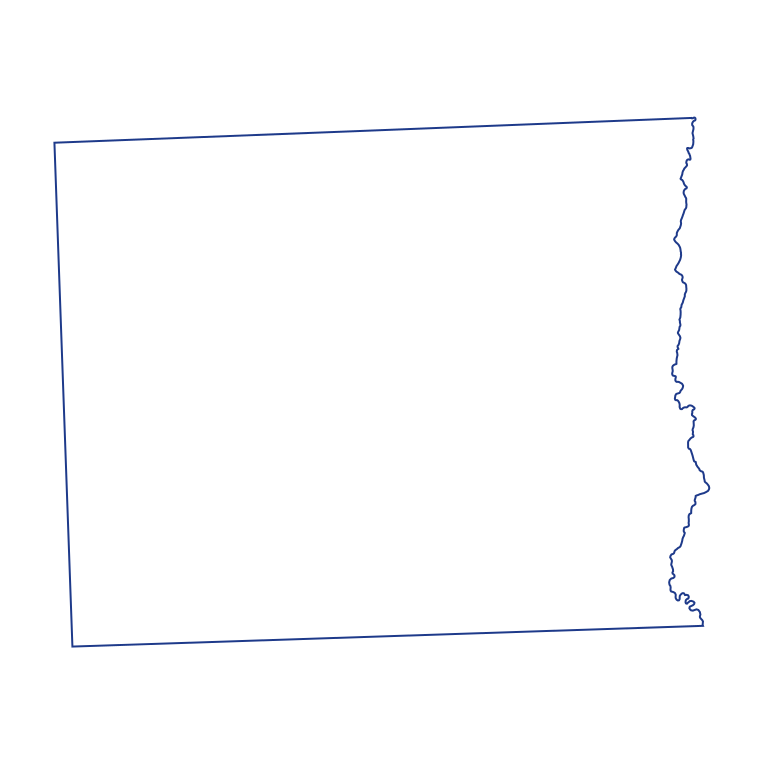 Lihuel Calel, La Pampa, Argentina (Natural Earth projection), rotated 267°
{"feature_id": "61730980B18005946349792", "entity_name": "Lihuel Calel", "entity_type": "district", "adm_level": 2, "iso_a3": "ARG", "parent_name": "Argentina", "parent_adm1": "La Pampa", "projection": "natural_earth1", "projection_center": [-65.125, -38.278], "detail": "fine", "context": "isolated", "style": "outline", "palette": "blue", "viewbox_px": 768, "rotation_deg": 267, "n_neighbors": 0, "source": "geoboundaries", "source_scale": "gbopen_adm2", "svg_char_len": 6164}
<svg xmlns="http://www.w3.org/2000/svg" viewBox="0 0 768 768"><g transform="rotate(267 384 384)"><path d="M638.0,366.7L642.2,67.5L138.1,59.1L125.8,689.9L126.8,689.6L130.2,690.1L131.6,689.4L133.5,687.8L134.5,687.3L135.5,687.3L137.2,687.9L139.7,687.5L141.9,686.1L142.6,684.3L141.9,681.8L141.5,680.6L141.9,678.8L142.9,677.8L144.2,677.2L145.6,677.7L146.9,680.9L148.0,682.2L149.3,682.6L150.4,681.8L151.3,679.7L151.2,678.0L150.2,676.8L149.3,675.5L148.8,675.1L148.9,674.4L149.2,674.0L150.2,673.7L151.1,673.8L152.3,674.1L153.1,674.9L153.7,675.9L153.8,676.6L154.7,677.1L155.9,677.2L157.1,676.6L157.6,675.2L157.5,674.2L157.5,673.5L158.4,673.1L159.2,672.6L159.5,671.7L159.4,670.9L158.9,670.2L158.1,669.2L156.9,668.3L155.5,668.1L153.8,668.0L152.6,667.3L152.4,666.2L153.2,665.0L154.6,664.2L156.0,664.0L157.1,664.2L158.4,664.3L159.9,663.7L160.7,662.7L161.1,662.0L161.4,661.1L161.8,659.9L162.5,659.5L163.4,659.3L166.1,659.6L167.7,659.3L168.2,658.8L169.3,658.5L171.1,658.4L173.3,659.1L174.7,660.7L175.1,662.7L175.9,663.8L176.8,664.1L177.8,664.0L178.8,663.2L179.6,662.3L180.8,662.2L181.8,662.9L183.7,662.9L186.6,662.1L187.9,661.5L188.8,661.4L190.2,661.8L191.6,662.2L193.0,662.2L195.1,661.1L195.9,660.7L197.3,661.1L198.8,662.2L199.1,663.5L199.5,664.3L200.0,664.8L201.1,665.2L202.0,665.5L202.7,666.1L203.3,667.0L204.0,668.1L204.6,668.7L204.9,669.2L205.6,670.7L206.5,671.6L209.4,672.8L211.8,673.6L213.7,674.0L215.3,674.7L216.8,675.6L219.2,676.5L219.8,676.5L220.5,675.9L221.4,675.6L222.5,675.7L224.3,676.1L224.8,676.4L225.0,676.9L225.1,677.8L225.4,678.8L225.6,679.7L226.2,680.7L227.0,681.1L228.0,681.1L229.3,680.9L230.7,681.2L233.2,681.3L235.1,681.2L236.9,681.5L238.3,682.4L238.5,683.2L239.0,684.0L241.8,684.2L243.5,684.5L245.2,685.1L246.2,686.1L246.5,686.8L247.0,687.8L247.8,688.7L248.6,688.8L249.8,688.8L250.1,688.7L251.0,688.2L251.8,688.2L254.4,689.2L255.9,689.4L256.3,690.2L256.7,691.8L257.4,693.6L258.0,696.2L258.3,697.8L259.2,699.9L260.3,702.0L261.8,703.0L263.1,703.4L264.9,703.1L266.0,702.5L267.1,701.7L267.7,701.3L269.1,699.7L269.8,699.2L271.1,699.1L273.6,698.6L276.3,698.6L277.8,698.3L278.6,698.1L279.0,698.0L279.4,697.8L279.8,697.4L280.0,696.9L280.2,696.2L280.5,695.8L280.9,695.3L281.3,694.8L281.7,694.6L282.0,694.6L282.8,694.3L283.4,693.9L285.3,692.5L286.1,692.2L287.0,691.6L289.8,691.2L290.0,690.8L290.0,690.6L290.6,689.7L291.8,689.3L296.3,688.4L300.8,687.2L302.1,686.8L303.0,686.2L303.5,685.0L304.7,684.4L309.8,684.6L311.0,684.9L311.3,685.2L311.9,685.7L312.2,686.1L312.6,686.4L313.2,686.9L313.7,687.4L314.6,688.8L314.9,689.8L315.4,690.3L316.7,690.3L317.6,689.7L318.3,689.8L319.9,690.1L320.8,690.0L321.8,689.7L323.0,690.0L324.4,690.7L325.6,691.0L326.5,691.2L329.8,691.2L330.6,691.2L331.3,691.7L332.0,693.1L332.4,693.5L333.2,693.6L334.1,693.0L334.5,692.6L335.6,691.2L336.7,690.0L337.9,689.9L338.7,690.3L339.4,690.4L340.8,690.4L341.6,690.9L341.9,691.0L342.3,692.0L342.7,692.5L343.1,692.8L343.5,692.9L343.9,692.8L344.6,692.2L345.7,690.9L346.1,690.3L346.4,689.6L346.6,688.7L346.6,687.8L346.2,686.8L345.3,686.0L344.8,685.1L345.0,683.4L344.8,682.3L344.1,681.0L343.4,680.4L343.3,680.1L343.4,679.1L343.7,678.6L344.1,678.4L345.6,678.0L347.6,678.2L348.7,678.1L349.9,677.8L350.9,677.3L351.6,676.9L352.1,676.5L352.6,675.7L352.5,674.9L353.0,674.0L354.1,673.7L357.4,674.4L358.8,675.4L359.6,678.6L360.6,679.4L361.5,679.7L362.2,680.3L363.1,681.2L363.9,681.8L365.7,682.5L366.8,682.6L368.7,681.6L370.5,678.8L370.8,677.8L370.8,676.4L371.2,675.8L372.1,675.2L373.7,675.2L375.1,675.7L375.9,675.8L376.5,675.5L376.9,674.3L377.2,673.1L378.2,672.4L379.5,672.3L381.7,673.0L382.8,673.0L384.4,672.8L385.8,672.8L387.0,673.4L387.7,674.3L388.3,675.5L388.5,676.6L388.8,677.1L391.2,677.2L394.4,677.7L397.5,678.6L399.9,678.4L400.7,678.1L401.5,678.1L402.6,678.4L403.2,679.1L403.7,679.8L405.7,679.1L406.6,679.2L407.9,680.3L409.4,680.9L411.5,681.3L413.9,682.3L415.0,682.4L416.5,681.9L417.9,681.0L419.3,680.2L420.1,680.2L422.6,681.6L425.6,682.2L426.7,683.0L428.0,683.1L429.0,682.9L430.3,682.7L431.4,682.8L432.8,682.4L435.0,683.4L437.6,683.8L440.0,684.0L441.7,684.0L443.2,683.8L444.0,684.0L444.9,684.8L447.7,685.4L448.7,686.1L449.9,686.7L451.9,687.3L455.8,689.0L457.8,689.1L458.4,689.4L459.2,689.7L459.7,690.1L460.5,690.5L461.3,690.8L462.2,690.9L463.7,691.0L464.7,690.9L466.4,690.9L467.2,690.8L467.9,690.5L468.7,689.9L469.1,689.4L469.9,687.9L470.4,687.6L471.5,687.2L472.4,687.0L473.5,687.4L474.0,687.6L474.7,687.8L475.4,687.8L476.7,687.4L477.6,686.6L478.0,685.7L478.7,684.5L479.4,684.0L480.3,682.8L480.9,681.9L481.7,681.3L482.1,681.0L483.0,680.6L484.5,681.4L486.5,682.3L487.9,683.4L489.3,684.4L492.5,686.2L494.8,687.0L497.3,687.5L497.9,687.3L499.3,687.5L500.3,687.4L500.9,687.2L501.7,687.2L503.7,687.0L504.8,686.8L505.7,686.4L507.6,685.5L508.0,685.1L508.7,684.6L510.2,683.0L511.6,682.0L513.0,681.3L514.1,681.6L515.1,682.4L516.0,683.5L517.3,684.2L519.4,684.3L520.9,685.0L522.7,686.2L524.0,687.5L527.0,688.7L527.9,688.9L528.8,689.1L530.9,688.9L532.2,689.2L534.2,690.2L536.3,691.1L537.2,691.4L538.4,692.0L542.0,693.3L543.7,694.7L544.6,695.1L546.0,695.3L546.5,695.3L547.0,695.5L548.3,695.4L549.0,695.3L550.9,695.3L551.6,695.4L553.3,695.5L554.0,695.3L555.2,694.6L555.6,694.5L558.3,693.3L559.4,693.2L561.0,693.5L561.9,694.0L563.0,695.0L563.5,696.3L564.3,696.7L565.1,696.5L566.2,695.3L567.2,694.6L568.4,694.0L569.5,693.8L570.8,693.3L572.1,692.5L572.8,691.3L573.4,690.9L577.7,692.8L579.7,693.2L581.2,693.8L581.7,694.2L583.0,695.0L583.4,695.1L584.8,696.6L586.2,697.9L586.7,698.1L588.1,697.9L589.0,697.4L590.1,697.6L591.1,697.9L591.9,698.5L592.2,699.0L592.4,699.9L592.0,700.8L592.0,701.4L592.2,701.7L593.1,701.9L595.9,701.6L597.4,701.0L598.1,700.9L598.8,700.3L600.2,700.0L601.8,699.2L602.8,699.0L603.5,699.0L603.8,699.4L603.8,700.1L603.3,701.3L603.4,702.6L603.7,703.6L604.5,704.2L607.2,705.3L609.4,705.6L610.7,705.7L611.6,705.5L612.2,705.6L612.9,706.0L615.2,705.8L618.4,705.2L622.5,706.4L624.5,706.5L625.4,706.1L626.3,705.4L627.6,705.3L628.6,705.6L629.6,706.2L630.1,706.7L630.6,707.3L630.8,708.1L631.1,708.6L631.7,708.9L633.0,708.9L633.4,708.6L633.7,708.3L633.8,707.9L633.8,707.5L633.6,707.0L633.3,706.4L633.2,706.0L633.2,705.5L633.3,705.1L633.6,705.0L638.0,366.7Z" fill="none" stroke="#1e3a8a" stroke-width="2"/></g></svg>